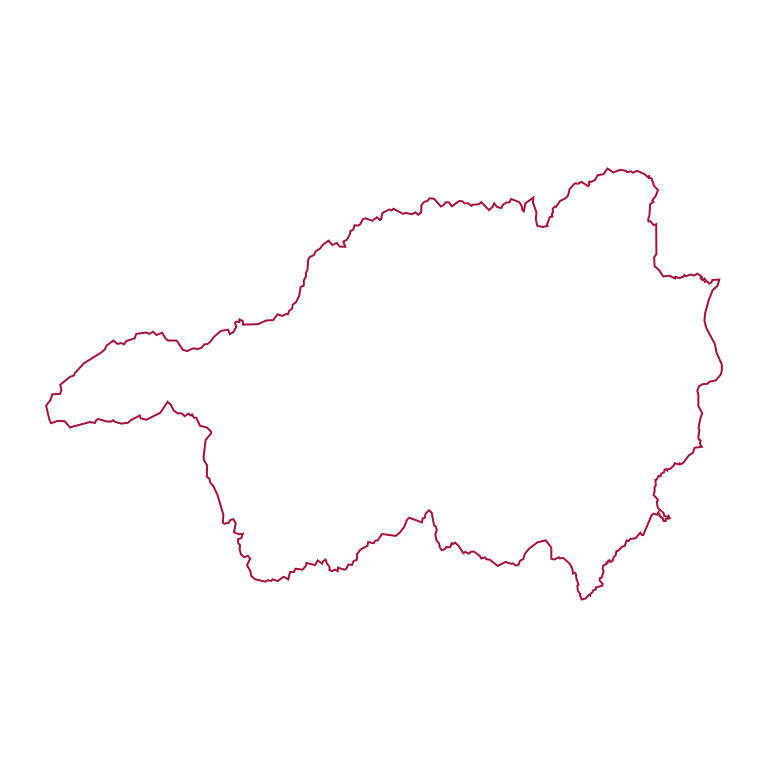 Santa Ana, Manabi, Ecuador
{"feature_id": "8360857B69594621756810", "entity_name": "Santa Ana", "entity_type": "district", "adm_level": 2, "iso_a3": "ECU", "parent_name": "Ecuador", "parent_adm1": "Manabi", "projection": "equal_earth", "projection_center": [-80.204, -1.195], "detail": "fine", "context": "isolated", "style": "outline", "palette": "rose", "viewbox_px": 768, "rotation_deg": 0, "n_neighbors": 0, "source": "geoboundaries", "source_scale": "gbopen_adm2", "svg_char_len": 6108}
<svg xmlns="http://www.w3.org/2000/svg" viewBox="0 0 768 768"><path d="M337.6,571.2L338.0,567.7L344.5,569.7L345.9,569.1L348.6,564.5L352.0,564.9L353.7,561.0L356.9,559.8L357.1,554.0L360.7,549.4L367.4,545.8L368.1,542.1L373.6,543.2L375.4,540.7L377.9,540.3L382.0,534.0L395.7,535.9L399.8,532.6L404.1,527.0L407.1,519.6L409.2,517.7L422.0,522.4L422.7,518.4L424.6,517.9L425.7,513.5L429.1,510.3L431.7,512.7L434.0,525.2L435.6,526.4L436.8,529.9L435.3,534.7L436.7,540.7L439.2,543.7L439.7,547.2L441.8,550.2L444.8,549.2L446.2,547.1L450.2,547.2L451.7,543.2L453.1,544.1L455.0,542.6L458.6,545.8L463.3,553.2L465.2,551.9L468.8,553.6L471.3,551.5L474.4,551.8L479.8,556.0L481.3,558.5L485.0,557.3L486.3,559.3L489.8,559.7L497.7,565.9L505.6,561.9L511.0,563.8L512.7,563.3L515.6,565.5L518.4,564.9L520.1,560.7L523.2,559.2L524.9,553.8L529.0,548.7L537.3,542.4L545.7,540.3L551.3,547.6L551.3,558.7L554.0,559.5L558.8,557.3L559.8,558.4L563.2,557.9L569.6,563.6L572.2,568.4L573.0,573.6L574.7,572.7L575.9,573.8L576.4,578.6L578.5,584.5L577.3,585.9L577.9,590.8L580.4,594.4L580.1,595.7L581.7,599.5L585.3,598.6L589.0,594.9L590.2,595.6L590.3,593.9L592.6,592.2L592.9,590.5L595.9,589.4L595.7,587.5L602.2,585.7L602.7,584.0L599.6,580.5L599.8,578.2L601.5,577.7L603.6,571.5L602.6,568.2L603.2,565.6L606.5,563.9L606.5,562.5L607.7,562.7L608.4,560.5L609.7,560.3L610.4,562.0L612.5,560.9L613.8,556.9L615.7,555.2L616.4,551.1L618.1,550.8L622.2,546.6L624.7,546.0L626.7,540.4L628.3,541.0L630.4,539.0L635.6,538.2L640.3,532.7L642.0,535.1L643.2,535.1L651.7,515.0L653.8,513.6L656.9,514.7L658.5,512.2L658.6,513.9L659.7,514.4L659.4,515.8L663.0,518.4L663.3,520.9L665.7,521.0L665.7,519.0L669.7,518.3L668.6,515.7L667.4,516.7L664.3,515.9L663.5,512.9L657.7,507.7L656.8,501.7L657.8,500.8L657.7,499.4L653.5,494.9L654.7,490.9L654.5,487.2L655.8,485.4L655.4,479.9L656.6,479.6L658.5,476.0L660.6,476.3L661.2,473.7L664.1,472.1L664.6,469.6L666.1,469.1L667.3,470.5L667.8,469.3L670.6,468.6L673.8,465.6L674.7,463.2L679.0,464.5L679.6,463.3L681.0,464.2L683.7,462.4L688.7,455.5L692.9,452.8L694.5,447.8L701.9,446.7L699.9,443.9L700.6,440.4L698.8,439.4L698.3,437.0L699.4,430.2L698.6,427.7L700.3,418.4L702.2,413.4L698.3,405.8L698.4,394.7L697.3,390.9L698.9,386.4L702.1,384.3L707.6,383.7L709.5,381.7L715.9,380.4L721.0,374.2L721.9,369.8L721.8,364.4L716.6,352.8L714.8,343.9L706.4,328.2L704.4,320.6L705.2,313.2L708.6,300.3L712.7,290.1L717.4,286.0L719.3,279.6L712.4,279.9L711.3,282.5L709.0,283.6L707.4,281.4L705.1,281.9L705.6,280.2L704.5,278.6L702.8,280.4L700.8,278.4L700.8,277.3L701.9,277.4L701.5,276.3L697.3,273.7L694.0,275.6L690.9,274.5L686.3,276.1L684.3,275.0L684.0,276.4L679.6,278.0L676.3,277.2L675.4,278.2L675.1,277.0L673.9,277.9L669.6,275.7L663.1,276.4L658.9,270.0L654.6,266.2L654.1,257.3L656.4,254.1L656.2,224.2L653.7,225.2L650.3,221.3L648.5,221.3L648.2,219.3L649.5,214.7L650.2,204.0L653.5,202.0L652.3,200.5L655.8,195.8L658.0,190.1L654.0,185.8L651.5,178.3L649.0,178.2L649.1,176.1L647.5,177.0L645.0,174.4L637.0,170.8L633.0,172.7L630.8,171.3L627.1,172.1L626.2,170.9L620.4,169.8L613.3,172.4L607.4,168.5L603.6,174.2L597.7,175.2L594.9,180.1L590.9,182.0L589.4,181.5L588.7,183.0L589.3,184.7L588.2,186.1L581.4,181.9L578.2,183.7L574.9,183.4L569.7,188.9L568.0,195.5L565.6,198.2L559.9,201.1L556.1,206.9L554.5,206.6L552.6,209.0L553.1,212.2L551.8,213.9L552.4,216.7L549.9,216.9L547.0,224.6L547.6,225.9L542.6,227.0L537.3,225.8L535.8,219.2L536.5,212.3L532.9,202.5L533.4,197.6L525.4,203.3L523.8,211.3L522.4,210.0L521.8,206.4L519.4,202.2L511.1,199.0L509.5,202.3L506.8,202.4L503.0,204.7L501.3,208.0L497.1,207.0L494.2,203.3L492.4,207.1L488.9,210.1L481.3,202.1L478.7,204.3L472.5,204.8L471.5,205.8L468.0,203.3L464.4,203.3L462.4,201.4L459.4,200.9L451.9,206.3L448.9,202.4L445.7,202.3L443.4,205.3L440.8,206.5L434.1,198.8L429.6,198.3L427.4,201.0L424.4,201.7L421.4,205.1L421.1,212.3L418.3,214.8L415.5,212.4L411.8,214.3L405.7,212.9L403.1,213.9L393.4,208.7L391.6,210.5L389.4,209.5L383.2,212.5L382.2,213.6L381.2,218.9L379.9,220.0L377.0,217.3L372.2,220.8L365.5,218.3L362.9,219.2L360.2,224.3L358.0,225.6L354.5,225.3L353.3,229.7L350.4,231.1L349.9,234.3L346.8,239.8L343.4,241.5L345.2,246.8L339.6,246.6L336.8,242.9L332.3,245.0L328.6,240.6L322.9,244.7L320.2,248.4L315.7,251.2L313.9,255.0L309.6,257.1L308.1,260.1L307.6,269.2L305.8,273.2L306.0,276.4L303.8,280.4L303.8,285.5L300.6,287.0L299.1,296.3L295.6,302.7L292.7,304.5L292.1,308.6L289.1,310.9L288.0,314.3L285.8,314.1L282.2,315.9L277.5,314.3L273.2,320.1L266.5,320.4L257.9,324.2L243.0,324.6L242.7,321.0L239.4,319.4L239.3,322.1L236.5,321.6L235.0,322.9L236.3,326.9L233.3,332.2L229.8,334.2L228.1,329.7L221.0,330.9L214.3,336.5L210.0,342.1L207.4,344.1L204.5,344.3L201.5,347.8L197.8,349.0L192.8,348.4L187.1,351.1L182.8,349.7L176.7,340.6L168.1,340.5L165.6,338.6L162.2,332.7L156.5,335.0L153.0,331.7L149.5,333.8L146.1,332.5L136.3,333.9L134.6,338.4L126.3,341.0L124.1,344.3L121.3,343.1L117.5,343.9L113.4,340.6L106.5,345.6L104.9,349.4L100.9,352.7L83.8,363.4L74.9,373.1L74.0,375.4L69.6,377.1L60.2,384.8L61.4,390.0L60.1,393.9L52.4,394.3L50.5,399.9L46.1,405.8L49.3,419.3L51.0,423.2L57.9,420.9L64.6,421.2L70.0,427.4L89.7,422.1L94.9,422.9L96.5,419.8L98.3,419.0L106.7,421.5L111.1,421.6L113.1,420.2L115.2,422.0L121.8,423.6L128.1,422.7L130.9,420.1L139.8,415.5L140.7,418.3L146.5,419.7L160.4,412.7L167.6,401.8L170.7,404.7L173.9,410.7L177.6,413.2L181.9,413.5L184.6,416.2L188.5,413.6L190.6,415.5L192.1,414.5L193.9,417.7L196.3,417.8L200.0,425.8L207.1,427.6L210.9,431.4L211.2,433.3L205.6,440.0L203.6,457.1L204.0,460.3L207.1,465.5L206.8,476.7L209.4,478.6L210.3,482.8L213.2,485.7L217.5,495.0L223.4,514.9L222.8,522.8L224.4,523.7L228.7,522.8L230.3,519.9L233.5,519.2L235.7,523.5L234.0,532.2L239.0,534.3L242.8,533.8L241.2,538.2L238.1,539.1L238.2,543.2L240.1,545.4L239.6,548.7L240.9,554.3L244.3,557.2L247.8,555.7L250.2,558.6L247.0,565.2L250.3,570.9L251.3,576.0L254.9,579.2L265.3,581.7L267.8,580.3L271.3,580.9L272.6,579.4L277.8,581.0L283.6,576.7L288.2,579.4L290.1,571.9L293.9,572.1L295.4,568.7L302.5,569.7L305.9,566.0L306.4,562.9L315.1,565.1L317.7,560.4L322.1,563.6L323.4,560.9L325.6,559.6L326.8,563.3L329.4,566.7L329.6,570.3L332.0,571.1L335.1,569.6L337.6,571.2Z" fill="none" stroke="#9f1239" stroke-width="2"/></svg>